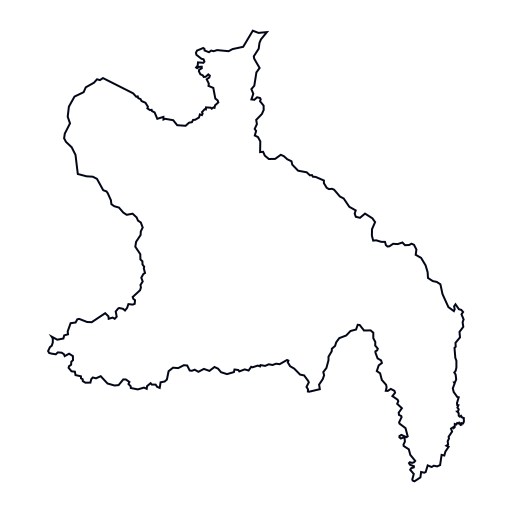 outline of Tocache, San Martín, Peru
{"feature_id": "86281439B42687599219853", "entity_name": "Tocache", "entity_type": "district", "adm_level": 2, "iso_a3": "PER", "parent_name": "Peru", "parent_adm1": "San Martín", "projection": "mercator", "projection_center": [-76.612, -8.241], "detail": "fine", "context": "isolated", "style": "outline", "palette": "ink", "viewbox_px": 512, "rotation_deg": 0, "n_neighbors": 0, "source": "geoboundaries", "source_scale": "gbopen_adm2", "svg_char_len": 5997}
<svg xmlns="http://www.w3.org/2000/svg" viewBox="0 0 512 512"><path d="M266.9,32.1L258.5,32.9L252.8,30.7L243.2,46.8L232.5,49.1L228.6,51.2L217.1,50.1L213.6,51.2L211.2,50.6L209.0,52.2L204.6,50.5L204.4,48.8L203.2,48.0L197.0,50.6L195.9,52.9L196.5,54.9L201.5,58.8L203.6,59.3L204.4,61.6L203.4,62.8L198.0,62.4L197.7,65.6L196.1,67.5L197.1,68.2L199.1,66.9L201.7,66.7L201.8,68.2L199.1,69.9L198.9,71.3L200.4,74.3L202.7,75.3L203.8,77.0L205.8,76.7L208.3,74.4L209.8,75.6L209.3,77.5L206.7,79.3L208.8,83.6L208.5,85.9L213.3,87.9L215.3,98.5L217.7,100.5L218.3,102.4L215.1,105.3L214.5,107.8L213.5,107.4L211.7,108.7L210.8,107.7L206.0,107.4L205.9,109.4L204.7,109.2L202.0,112.1L202.6,113.6L201.9,115.1L199.9,114.4L199.0,117.5L195.1,119.8L193.1,119.9L191.9,122.2L189.0,122.7L185.6,125.8L177.2,125.2L173.2,120.2L165.1,118.8L163.5,119.5L163.4,116.9L157.3,118.8L154.6,112.4L152.0,111.1L151.6,109.8L150.0,110.1L147.4,108.4L147.9,106.7L145.4,102.7L141.6,101.1L140.5,99.1L138.3,98.2L137.7,96.4L136.3,96.8L133.1,93.3L103.0,78.1L99.9,80.1L97.0,79.3L94.0,82.7L85.8,87.3L83.6,92.2L74.5,96.6L68.9,106.6L67.7,116.7L70.0,123.4L64.8,133.6L64.1,138.3L66.0,141.9L71.7,147.3L75.5,154.9L77.8,174.0L86.5,176.3L92.8,176.7L97.0,178.9L103.2,190.2L106.5,191.4L107.8,193.3L110.9,200.2L111.4,204.2L114.2,206.2L119.0,207.6L123.3,212.6L126.7,214.8L132.6,213.7L136.6,217.4L138.0,220.6L140.8,222.5L142.7,227.5L140.8,231.4L140.6,235.0L136.1,241.8L135.3,246.7L140.3,254.2L140.4,259.4L142.4,261.3L142.5,264.5L144.2,266.8L143.8,268.3L145.0,273.0L143.3,274.1L141.3,277.7L142.7,281.5L140.5,284.9L140.9,287.6L140.0,290.3L132.7,297.0L133.3,298.8L135.0,300.2L134.7,303.8L132.8,304.6L128.4,304.1L127.1,307.9L125.0,310.5L123.0,308.8L119.1,308.0L118.1,308.6L115.7,311.5L116.7,316.7L114.7,318.8L112.7,317.6L108.7,318.8L108.4,316.3L105.2,313.2L91.7,322.2L87.1,322.0L79.2,318.9L77.3,319.3L75.6,322.5L70.6,323.2L67.7,331.4L68.0,334.3L64.2,335.4L63.4,338.5L57.3,339.7L51.6,336.6L52.8,338.5L52.8,342.4L51.8,345.6L49.9,347.2L48.1,351.1L49.2,353.0L51.5,353.6L55.8,354.3L57.8,352.4L61.7,352.7L63.9,354.2L64.7,356.1L69.1,353.7L72.9,356.1L73.0,360.2L71.3,361.7L71.1,364.8L69.0,366.2L68.6,367.8L71.5,371.3L74.9,371.7L75.5,375.1L80.9,376.3L81.0,378.3L82.7,379.3L82.8,381.1L85.4,382.7L90.4,382.6L91.3,379.1L92.8,377.5L96.0,378.3L100.7,376.2L107.5,383.5L114.5,385.5L118.6,385.1L123.3,379.4L125.9,379.5L129.4,382.0L128.5,384.0L130.7,386.3L130.8,388.0L137.8,389.4L144.0,387.6L146.7,388.8L147.1,386.1L150.6,383.2L151.8,384.6L155.6,384.6L157.2,386.9L159.7,387.9L160.6,382.3L164.7,381.5L166.9,379.5L168.6,371.2L173.0,367.7L178.2,368.1L183.9,365.2L187.2,365.5L189.7,370.5L191.8,370.8L194.7,369.7L198.4,371.8L203.9,368.9L209.4,370.9L214.5,367.0L218.1,368.7L221.0,372.2L227.0,374.1L233.9,372.1L234.5,369.5L238.3,370.0L239.3,371.4L244.7,369.4L248.6,370.5L251.2,366.8L252.5,367.3L257.8,365.6L260.1,366.4L260.5,365.1L265.1,365.9L268.8,364.3L272.5,365.0L276.1,363.7L279.6,364.2L287.0,360.0L288.4,360.6L287.8,362.4L290.1,366.2L294.2,368.6L300.1,374.6L304.1,375.4L308.3,381.1L308.8,382.4L306.5,386.9L308.0,389.3L307.9,391.5L309.2,391.7L319.8,389.2L319.1,384.6L322.7,379.2L324.1,375.3L323.3,372.1L326.4,368.0L328.5,360.2L328.5,356.7L331.7,351.3L331.9,348.7L335.1,345.9L336.2,342.3L339.3,338.1L346.2,335.5L350.5,331.0L356.1,329.5L357.7,324.8L359.7,325.0L364.0,330.5L370.6,330.4L373.3,332.7L373.3,338.2L375.3,342.0L375.2,345.5L377.8,348.7L377.2,350.3L375.4,351.4L375.5,352.8L377.6,358.4L381.1,360.4L381.9,363.0L378.7,365.4L376.8,371.1L380.1,373.3L381.8,379.9L386.1,384.8L386.6,387.3L385.8,390.8L387.8,390.9L390.8,388.9L394.4,390.8L395.1,392.7L392.4,396.1L397.6,399.7L398.3,401.2L397.2,403.8L401.9,408.2L398.7,412.7L399.0,414.9L401.2,416.0L401.6,417.1L399.1,422.3L399.5,423.6L405.5,428.1L407.7,436.4L406.5,437.2L401.4,434.9L399.5,436.0L399.4,437.3L400.9,438.5L403.5,437.5L404.6,438.1L404.9,441.7L403.5,444.5L403.7,446.0L408.8,449.3L410.3,454.9L415.2,460.9L414.0,462.3L412.1,462.9L409.9,462.2L409.0,463.1L409.9,464.7L413.9,466.2L413.8,467.4L411.2,468.2L410.2,469.8L413.8,474.0L412.3,479.4L412.7,480.6L414.5,481.3L420.4,477.4L421.1,472.0L424.3,472.7L425.7,472.0L427.7,465.4L431.6,467.0L433.9,465.7L437.1,466.4L440.1,465.1L441.6,454.9L444.3,455.5L445.4,451.6L448.6,446.8L446.4,445.7L448.1,444.6L447.7,441.2L449.0,438.5L448.6,436.8L452.1,431.6L451.0,428.6L453.9,426.8L454.0,427.8L454.7,427.2L454.8,424.0L456.3,424.5L457.2,423.0L458.6,423.5L459.1,422.8L460.6,425.0L461.6,424.6L461.5,423.1L463.1,423.4L463.9,421.6L463.8,418.0L462.1,417.5L461.0,415.8L459.9,416.7L458.7,415.7L458.7,413.2L457.1,411.5L458.1,411.3L458.7,409.3L457.4,407.6L458.4,405.2L457.2,405.0L457.0,403.0L458.7,397.3L457.3,397.0L453.7,392.0L452.8,388.3L454.6,383.6L454.0,382.4L455.0,382.3L456.2,379.4L455.6,374.5L454.3,372.5L455.6,370.9L456.4,367.6L456.4,360.8L455.3,357.8L454.5,347.9L455.7,346.7L455.5,342.8L460.0,337.4L459.5,331.9L463.3,326.8L462.6,322.3L463.6,319.4L461.5,314.3L463.1,312.0L461.3,309.9L458.9,309.2L455.5,304.3L454.1,306.4L454.7,309.2L453.9,311.1L448.4,307.1L442.5,294.1L440.4,284.3L436.7,281.9L432.8,281.1L428.0,278.0L427.6,272.1L425.6,265.4L421.1,257.9L415.7,254.8L416.4,249.5L414.0,244.8L411.5,243.7L409.1,245.0L405.0,245.2L402.4,242.5L397.7,244.1L393.1,243.8L389.4,246.3L387.5,246.5L385.9,245.1L385.0,241.9L381.5,241.9L376.1,240.3L373.2,240.6L371.9,235.7L372.0,229.2L375.1,222.1L372.4,218.3L365.0,213.6L360.0,217.8L355.8,216.8L354.7,213.6L355.7,210.4L349.3,206.8L343.7,198.5L339.9,196.5L334.1,189.7L332.0,188.8L328.9,189.1L326.7,187.8L323.9,183.2L323.9,180.5L315.6,176.9L312.9,176.7L312.0,175.1L309.9,175.3L306.7,172.3L298.1,170.7L292.3,164.7L291.5,161.3L287.2,159.2L283.9,156.2L280.8,154.8L275.1,158.9L268.8,159.0L264.8,155.6L263.1,151.8L260.1,152.1L260.3,141.4L258.0,137.1L254.8,135.5L256.1,131.0L254.7,128.9L256.9,124.1L256.2,119.9L261.9,114.0L263.7,109.9L263.6,105.6L260.0,101.2L260.7,99.3L260.0,98.0L257.1,97.3L254.3,99.8L251.4,99.4L253.3,93.8L251.4,89.1L254.3,85.7L256.4,72.4L259.6,68.0L254.2,58.7L253.8,56.3L258.7,48.7L259.5,42.8L261.0,39.3L266.9,32.1Z" fill="none" stroke="#020617" stroke-width="2"/></svg>